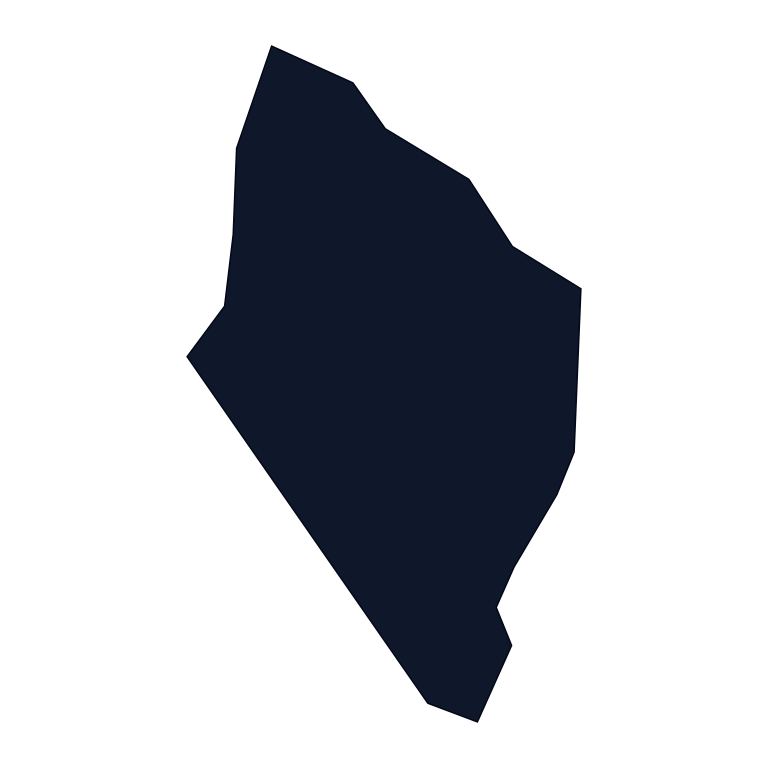 Polzela, Natural Earth projection
{"feature_id": "SVN-244", "entity_name": "Polzela", "entity_type": "Municipality", "adm_level": 1, "iso_a3": "SVN", "parent_name": "Slovenia", "parent_adm1": "", "projection": "natural_earth1", "projection_center": [15.091, 46.303], "detail": "fine", "context": "isolated", "style": "filled", "palette": "ink", "viewbox_px": 768, "rotation_deg": 0, "n_neighbors": 0, "source": "natural_earth", "source_scale": "10m", "svg_char_len": 345}
<svg xmlns="http://www.w3.org/2000/svg" viewBox="0 0 768 768"><path d="M271.6,46.1L352.9,82.9L385.3,128.8L468.9,179.4L512.4,246.5L580.9,288.8L574.1,452.1L556.8,494.7L514.1,566.9L496.2,607.4L511.6,645.5L477.4,721.9L427.9,703.3L187.1,356.7L224.6,306.1L233.2,234.6L236.6,148.3L271.6,46.1Z" fill="#0f172a" stroke="#020617" stroke-width="1.5"/></svg>